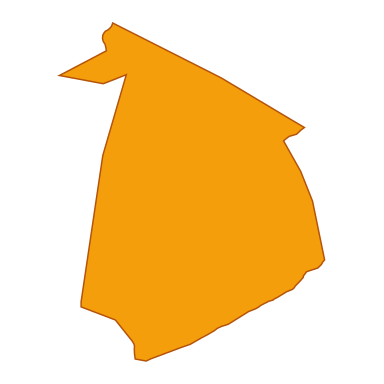 San Juan del Estado, Oaxaca, Mexico
{"feature_id": "50627088B28332603563682", "entity_name": "San Juan del Estado", "entity_type": "district", "adm_level": 2, "iso_a3": "MEX", "parent_name": "Mexico", "parent_adm1": "Oaxaca", "projection": "robinson", "projection_center": [-96.772, 17.333], "detail": "fine", "context": "isolated", "style": "filled", "palette": "amber", "viewbox_px": 384, "rotation_deg": 0, "n_neighbors": 0, "source": "geoboundaries", "source_scale": "gbopen_adm2", "svg_char_len": 986}
<svg xmlns="http://www.w3.org/2000/svg" viewBox="0 0 384 384"><path d="M221.2,77.9L112.7,23.0L111.9,25.4L111.3,26.6L110.0,28.0L108.2,29.8L105.4,31.2L103.9,33.1L102.8,35.2L102.5,38.3L103.3,41.6L105.0,44.1L105.8,47.3L106.4,50.8L59.4,75.5L103.2,83.7L106.7,82.4L126.3,74.7L102.8,155.5L81.1,301.8L81.1,306.9L115.4,320.0L132.3,341.2L134.0,344.1L134.5,346.1L134.3,348.9L134.5,353.7L135.2,359.0L141.7,360.2L146.2,361.0L151.1,358.7L180.5,347.7L189.4,344.6L190.1,344.4L201.4,337.9L208.2,334.3L214.7,330.4L217.4,328.3L221.5,326.4L228.2,324.3L248.5,311.6L255.8,308.7L258.9,306.9L260.9,305.3L268.9,301.2L273.0,300.1L274.2,299.0L277.4,297.4L286.5,291.8L292.4,289.4L294.2,287.8L295.3,286.0L300.7,280.4L303.3,277.3L303.4,276.0L306.5,271.8L309.0,270.9L317.8,268.0L321.4,264.5L322.7,262.1L324.6,259.9L312.5,201.1L300.7,171.4L283.6,141.0L284.7,139.9L286.0,138.8L289.1,136.4L296.6,134.2L300.8,130.2L304.4,127.5L300.2,125.0L290.0,119.0L221.2,77.9Z" fill="#f59e0b" stroke="#b45309" stroke-width="1.5"/></svg>